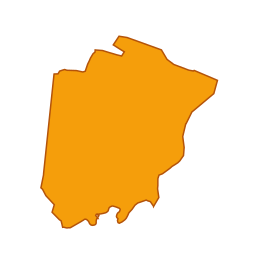 Bocage, Castries, Saint Lucia (orthographic projection), rotated 79°
{"feature_id": "8701671B35941232442157", "entity_name": "Bocage", "entity_type": "district", "adm_level": 2, "iso_a3": "LCA", "parent_name": "Saint Lucia", "parent_adm1": "Castries", "projection": "orthographic", "projection_center": [-60.966, 14.003], "detail": "fine", "context": "isolated", "style": "filled", "palette": "amber", "viewbox_px": 256, "rotation_deg": 79, "n_neighbors": 0, "source": "geoboundaries", "source_scale": "gbopen_adm2", "svg_char_len": 2908}
<svg xmlns="http://www.w3.org/2000/svg" viewBox="0 0 256 256"><g transform="rotate(79 128 128)"><path d="M209.9,117.9L208.2,116.4L207.3,115.6L202.1,111.0L200.0,110.9L193.5,110.6L192.6,110.4L190.3,109.7L185.2,108.7L183.3,108.3L180.1,106.5L180.0,105.7L179.5,102.9L175.7,94.8L174.9,93.4L174.1,92.1L172.9,88.9L171.6,85.7L170.1,83.4L166.7,79.9L165.7,78.8L162.9,78.0L157.8,76.6L153.0,76.3L146.8,75.9L139.5,72.6L134.9,70.5L134.9,70.2L125.2,62.8L124.5,62.3L114.7,44.6L113.8,43.0L110.6,37.2L98.3,31.1L84.1,52.1L84.5,53.0L82.8,57.3L74.4,70.9L68.1,76.6L57.7,80.3L54.7,85.3L39.2,111.3L39.0,111.6L36.2,119.3L43.6,126.6L49.1,120.8L52.5,117.1L54.5,119.0L56.1,120.5L54.0,125.1L52.0,128.9L50.2,132.4L47.2,138.0L47.0,138.5L45.2,145.1L45.1,145.3L45.4,145.4L47.2,145.9L48.4,148.1L52.2,151.5L54.3,152.9L57.6,155.4L63.2,158.6L64.1,159.1L64.4,161.6L61.8,167.7L59.7,176.9L59.2,177.8L58.5,179.0L58.7,181.3L59.1,184.3L59.6,184.7L61.5,186.4L60.9,190.1L60.9,190.3L156.4,219.5L158.0,219.9L170.1,224.9L171.8,223.6L178.8,221.5L189.2,215.0L196.2,218.6L205.0,212.8L206.3,211.4L209.8,211.2L213.0,211.1L213.0,210.8L213.1,210.1L214.2,207.7L214.5,206.9L214.5,205.6L214.6,205.3L214.9,203.7L210.8,191.7L210.6,191.3L210.3,190.4L209.8,189.1L209.3,188.1L209.5,186.7L210.5,185.6L212.2,184.5L213.3,184.2L213.9,184.1L214.7,183.9L215.8,183.0L216.3,182.7L216.4,182.3L216.8,181.2L216.8,179.3L216.6,178.8L216.4,178.2L215.3,177.4L213.8,177.1L213.6,177.1L212.7,176.8L211.9,176.4L210.9,175.9L210.9,175.3L211.0,175.1L211.1,174.7L210.8,174.8L210.3,174.8L208.7,175.9L207.7,176.4L206.6,175.5L206.6,175.0L206.6,174.5L207.5,174.2L209.0,173.8L208.8,173.6L208.5,173.3L206.9,172.9L206.9,172.6L207.0,172.0L207.1,171.3L207.1,170.9L207.1,170.6L207.1,170.3L207.1,169.6L207.1,168.6L207.1,168.3L207.1,168.0L207.0,167.5L207.0,167.2L207.0,166.4L206.9,166.1L206.8,165.5L206.5,164.9L206.4,164.7L206.2,164.2L205.9,163.8L205.8,163.6L205.6,163.4L205.3,163.2L205.1,163.1L204.9,163.0L204.5,162.7L204.1,162.6L203.8,162.4L203.6,162.3L203.3,162.2L203.0,161.9L202.8,161.8L202.2,160.9L201.9,160.2L201.9,159.9L201.8,159.5L201.6,158.6L201.7,157.9L201.9,157.3L202.1,157.0L202.2,156.8L202.7,155.8L202.8,155.6L203.0,155.2L203.4,154.6L203.7,154.0L204.3,153.2L204.5,152.9L204.6,152.6L205.1,151.9L205.5,151.6L205.8,151.4L206.1,151.3L206.4,151.2L207.0,151.5L207.7,151.8L208.0,152.1L208.3,152.3L208.5,152.5L208.8,153.0L209.1,153.6L209.2,153.8L209.5,154.3L209.8,154.6L210.3,155.0L210.6,155.3L211.3,155.6L212.0,156.0L212.5,156.2L213.0,156.2L213.6,156.1L214.2,155.8L214.9,155.3L215.1,155.2L215.4,155.3L215.9,155.5L216.5,155.9L217.0,156.0L218.6,155.9L218.8,155.8L219.0,155.8L219.2,155.6L219.8,154.7L219.5,153.5L219.0,151.6L217.4,148.4L216.2,146.9L214.0,145.1L211.4,143.3L208.6,139.5L205.2,136.0L204.7,135.1L203.5,132.8L203.1,130.0L202.4,125.0L202.2,123.9L203.2,122.6L204.5,120.2L204.8,120.0L205.2,119.8L207.8,118.7L209.5,117.9L209.9,117.9Z" fill="#f59e0b" stroke="#b45309" stroke-width="1.5"/></g></svg>